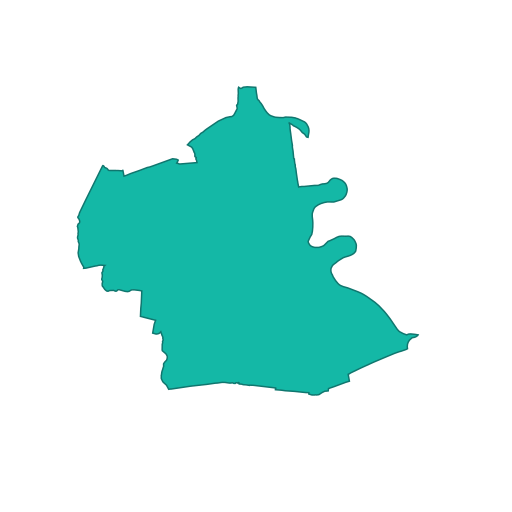 Lalosu, Vâlcea, Romania, rotated 202°
{"feature_id": "2599482B21143876013392", "entity_name": "Lalosu", "entity_type": "district", "adm_level": 2, "iso_a3": "ROU", "parent_name": "Romania", "parent_adm1": "Vâlcea", "projection": "equal_earth", "projection_center": [24.059, 44.531], "detail": "fine", "context": "isolated", "style": "filled", "palette": "teal", "viewbox_px": 512, "rotation_deg": 202, "n_neighbors": 0, "source": "geoboundaries", "source_scale": "gbopen_adm2", "svg_char_len": 6122}
<svg xmlns="http://www.w3.org/2000/svg" viewBox="0 0 512 512"><g transform="rotate(202 256 256)"><path d="M431.8,282.5L432.0,282.1L432.1,280.9L434.9,243.8L435.8,230.2L435.5,227.1L435.8,225.8L435.7,225.1L435.4,224.8L433.8,223.8L432.5,222.3L432.2,221.4L432.1,220.6L432.3,219.9L432.7,219.3L432.9,218.9L432.7,216.5L431.9,215.7L429.8,211.8L429.5,210.3L428.8,208.9L428.7,207.6L428.5,206.6L428.2,205.8L426.6,204.0L426.2,202.8L424.9,201.5L424.3,200.6L423.6,198.0L423.0,196.3L422.1,192.3L420.2,189.1L416.7,185.4L414.8,183.7L411.5,181.1L411.3,180.6L411.2,180.0L409.2,181.0L401.4,186.4L399.7,187.4L398.3,188.5L396.5,189.4L392.7,190.6L393.2,189.7L392.9,188.6L392.8,186.9L392.9,186.0L392.3,184.7L392.3,184.1L392.6,182.9L392.0,181.6L391.6,181.4L390.6,178.6L390.5,177.4L390.2,176.4L388.8,175.3L388.5,174.6L388.3,172.8L387.5,171.0L387.1,170.5L385.9,169.9L383.9,168.5L382.7,168.0L381.2,167.6L380.0,167.9L378.7,169.2L375.1,170.8L373.5,170.7L372.6,170.9L371.8,171.8L371.6,172.6L371.1,173.1L370.2,173.5L364.1,174.2L361.8,174.8L360.4,175.7L359.4,177.1L358.6,178.0L356.3,179.0L351.1,180.4L348.8,180.8L344.7,169.3L343.2,164.3L340.5,156.7L325.0,158.8L324.8,154.6L322.9,145.8L319.4,146.2L317.8,147.1L317.0,147.8L316.4,148.7L315.9,150.1L315.2,149.2L314.2,148.3L313.9,147.7L312.5,146.4L311.7,145.4L311.6,144.8L310.5,143.2L310.7,142.0L310.5,141.4L310.0,140.6L309.9,139.1L309.0,136.8L307.9,133.9L307.4,133.1L303.0,131.6L302.2,131.1L300.9,130.0L300.4,129.1L300.1,128.1L299.9,126.9L299.9,125.8L300.8,123.7L301.3,121.6L301.2,121.1L300.3,119.1L300.2,117.3L300.0,115.4L300.0,114.6L299.8,112.9L299.2,110.7L299.1,109.8L298.3,108.0L298.2,107.4L297.5,106.5L295.5,104.7L294.7,104.2L290.6,102.7L287.0,99.7L285.6,100.6L285.1,100.7L267.9,110.8L253.6,118.5L246.0,122.9L244.1,123.8L240.0,126.2L237.3,127.2L233.2,128.2L231.7,128.8L230.4,129.6L228.7,129.6L228.3,129.8L227.6,130.0L227.4,130.2L227.3,130.6L227.1,131.0L226.7,131.1L226.3,131.4L225.4,131.3L225.2,131.5L225.1,131.9L224.7,132.2L224.3,132.1L224.1,131.9L224.0,131.2L223.7,131.0L221.3,131.8L219.7,131.9L217.0,132.8L213.5,133.6L213.4,133.9L210.1,135.1L188.4,141.0L188.1,140.9L188.3,140.4L187.9,139.3L182.2,141.1L178.5,142.0L169.6,144.9L158.8,148.0L155.8,149.1L155.3,147.8L152.1,148.1L149.5,149.1L149.1,149.5L147.9,149.8L146.1,150.8L145.6,151.2L143.7,154.0L141.5,156.5L140.5,156.9L138.5,158.0L139.1,160.3L134.7,164.1L125.5,172.5L122.5,174.9L126.2,180.8L126.2,181.0L125.6,181.4L124.5,183.0L116.7,191.6L107.2,201.6L98.1,210.7L91.0,217.7L87.5,220.8L85.9,222.0L82.9,224.6L81.6,225.8L80.8,226.8L81.8,228.6L82.5,231.0L82.6,233.2L82.2,235.5L80.6,238.7L78.7,239.9L77.6,240.9L76.3,242.8L76.2,243.6L79.3,242.9L83.4,241.7L85.2,240.8L86.8,239.3L90.5,239.2L94.4,239.6L95.7,240.0L97.7,241.0L108.0,247.9L112.2,250.4L116.2,252.6L123.2,255.8L128.4,257.6L138.4,260.0L141.9,260.6L144.6,260.9L148.1,261.0L159.0,260.8L163.5,260.3L166.5,260.3L168.1,260.6L169.7,261.2L173.0,263.0L176.8,265.7L178.0,267.0L179.4,268.1L180.4,269.3L181.0,270.3L181.5,271.5L181.8,272.8L181.6,275.2L181.3,276.4L180.5,277.9L179.2,280.0L178.9,280.5L178.7,281.2L178.5,281.4L177.5,283.0L174.4,287.2L172.7,288.7L170.5,290.4L168.7,292.0L167.6,293.2L166.4,294.8L165.8,296.2L165.7,296.9L165.4,297.3L165.5,298.4L166.1,301.1L167.0,303.6L167.8,304.8L169.5,306.5L170.7,307.5L171.6,308.0L174.0,309.0L175.8,309.4L177.6,309.1L180.3,307.9L184.1,306.5L186.3,305.3L188.2,303.5L189.9,301.4L193.5,297.6L194.6,296.7L196.9,291.3L197.4,290.6L198.8,289.2L200.8,287.6L203.9,286.3L205.1,285.9L206.1,285.8L207.5,285.7L209.1,285.9L209.8,286.1L210.6,286.6L212.1,287.7L212.7,288.4L213.1,289.1L213.1,290.1L212.9,294.0L212.4,296.9L213.0,300.2L214.2,304.1L215.7,308.0L217.0,310.7L218.6,313.6L219.7,316.3L219.9,318.1L220.0,321.5L219.9,322.1L219.5,323.6L218.8,324.8L217.3,327.0L215.4,329.0L212.7,331.2L210.2,332.8L207.5,333.9L204.1,335.2L198.2,340.0L197.1,341.3L196.4,342.8L195.6,345.4L195.5,347.0L195.7,349.4L196.2,351.4L196.7,352.5L197.5,353.7L198.5,355.0L199.6,356.1L200.9,357.0L202.8,357.8L204.7,358.3L206.9,358.4L209.7,358.3L210.7,358.1L212.7,357.4L213.8,356.8L214.7,355.8L215.6,354.3L216.5,351.4L217.0,350.6L217.7,349.8L218.6,349.2L219.7,348.5L221.4,347.7L223.2,346.3L224.1,345.3L225.2,344.6L228.3,343.3L237.2,338.6L239.6,337.6L242.3,336.0L244.5,339.3L245.3,340.7L246.1,341.9L249.6,347.9L251.7,351.7L253.1,353.6L253.6,354.9L253.9,355.4L254.3,355.8L254.9,356.7L256.5,359.6L256.7,360.3L256.8,360.4L257.5,360.5L261.0,367.2L262.9,370.3L263.6,371.8L263.6,372.1L266.2,376.3L269.5,382.2L272.1,386.7L272.7,388.2L274.2,390.9L274.9,391.4L275.0,391.8L272.0,391.4L270.8,391.1L270.0,390.7L269.4,390.8L266.4,390.5L263.9,390.0L262.2,389.4L259.3,387.8L257.5,387.4L256.4,387.1L253.9,385.4L253.3,385.3L252.2,385.5L252.8,388.1L253.3,390.5L253.8,392.0L254.7,393.7L255.8,395.1L258.4,397.3L259.9,398.1L261.2,398.5L266.2,398.8L268.9,398.9L270.2,398.7L270.9,398.8L274.8,398.0L279.5,396.3L280.8,395.8L282.6,394.5L286.0,393.2L289.8,392.0L290.9,391.8L294.5,391.6L296.5,391.8L299.2,392.9L301.1,394.0L303.8,395.8L306.3,397.9L308.5,399.4L309.8,400.0L311.4,401.2L312.4,401.5L313.4,402.1L314.0,402.8L315.4,405.3L316.6,407.2L319.4,412.3L327.5,409.6L331.1,407.7L331.9,406.5L332.8,405.7L333.8,405.6L335.3,406.0L335.3,405.1L334.9,403.7L333.2,399.9L332.8,398.4L332.3,397.3L331.9,395.9L330.5,392.7L329.9,389.8L329.9,389.5L330.4,388.8L330.4,388.4L329.0,386.3L328.6,385.3L328.7,384.5L328.9,383.5L328.8,382.8L329.0,382.1L329.0,381.3L329.4,378.3L329.9,377.3L330.7,376.2L332.1,375.5L335.7,373.1L341.5,366.9L349.2,355.4L350.3,353.6L351.6,351.0L353.2,348.9L354.0,346.5L355.6,344.2L356.6,341.9L358.3,340.0L359.9,337.0L360.6,334.9L361.2,333.4L356.9,332.9L356.2,332.7L354.9,331.8L353.7,330.6L353.0,329.8L352.6,329.6L352.2,328.9L351.4,328.4L350.7,327.3L350.0,325.5L349.6,325.2L348.3,324.9L348.1,324.6L348.2,323.7L348.1,323.4L347.1,322.6L345.7,320.5L361.6,312.5L362.2,312.7L364.3,312.4L364.0,315.5L364.1,315.8L365.0,315.9L366.1,315.9L369.8,314.9L385.6,300.7L387.9,298.7L390.0,297.3L396.0,291.7L403.1,285.5L406.3,282.3L408.3,280.6L411.8,286.0L411.6,285.0L411.7,284.9L416.1,283.5L424.4,280.2L425.1,280.3L426.4,281.1L427.3,281.4L429.5,281.4L430.9,282.4L431.3,282.5L431.8,282.5Z" fill="#14b8a6" stroke="#0f766e" stroke-width="1.5"/></g></svg>